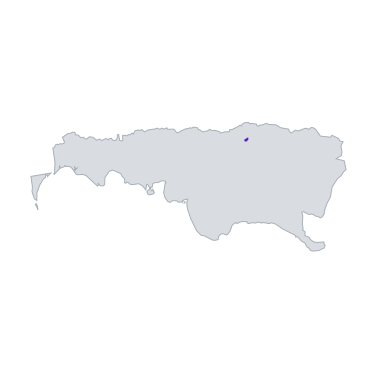 Rawson, San Juan, Argentina (highlighted), rotated 80°
{"feature_id": "61730980B18994779185278", "entity_name": "Rawson", "entity_type": "district", "adm_level": 2, "iso_a3": "ARG", "parent_name": "Argentina", "parent_adm1": "San Juan", "projection": "robinson", "projection_center": [-68.444, -31.689], "detail": "fine", "context": "in_parent", "style": "filled", "palette": "violet", "viewbox_px": 384, "rotation_deg": 80, "n_neighbors": 0, "source": "geoboundaries", "source_scale": "gbopen_adm2", "svg_char_len": 4249}
<svg xmlns="http://www.w3.org/2000/svg" viewBox="0 0 384 384"><g transform="rotate(80 192 192)"><path d="M238.3,115.0L236.1,118.9L236.5,121.4L234.3,127.5L234.8,128.7L233.1,131.7L233.6,134.8L232.7,137.8L232.9,141.6L232.3,142.7L230.8,143.0L229.7,148.3L230.8,153.4L229.7,154.4L231.5,158.1L237.3,161.4L240.2,164.6L240.2,166.0L238.6,168.1L238.3,169.8L239.1,172.1L240.5,173.6L243.4,174.5L243.6,177.8L243.0,179.9L237.4,187.4L236.1,190.7L231.0,194.1L217.9,197.9L207.8,199.4L202.0,199.1L198.2,197.5L198.4,201.8L200.3,203.0L199.3,203.1L200.1,203.9L199.6,207.4L198.3,208.0L197.4,210.9L197.4,213.4L198.4,215.4L197.2,217.5L192.8,219.6L187.6,220.0L178.1,216.7L178.5,216.2L178.0,216.0L176.4,216.7L175.7,219.5L176.7,223.9L176.4,227.7L176.9,229.0L180.3,230.4L180.1,232.0L181.2,232.1L183.7,231.8L184.0,230.5L182.7,230.1L186.1,229.1L187.3,230.7L187.4,234.6L186.8,235.6L184.1,236.4L183.4,236.2L181.9,233.4L180.7,232.9L176.9,234.3L176.5,235.2L181.9,237.2L177.9,239.3L174.6,242.9L174.4,249.6L173.7,251.5L171.5,253.3L171.1,254.5L171.8,255.3L171.5,256.6L167.3,256.1L164.3,258.2L161.6,258.9L156.6,266.3L157.3,270.0L162.7,275.3L169.6,276.7L170.5,278.4L170.1,280.5L169.3,281.8L166.8,283.0L168.9,283.0L169.8,284.0L157.4,293.5L155.8,296.3L155.1,302.0L154.1,303.2L151.6,304.3L149.9,303.1L148.5,301.0L148.6,302.7L146.2,303.3L149.1,303.4L150.4,304.8L146.6,306.8L145.5,308.7L145.0,311.3L143.5,312.8L144.7,312.4L145.7,317.5L142.8,317.9L146.4,318.7L150.6,324.5L150.2,325.0L150.1,324.3L139.2,321.8L124.6,321.4L124.7,320.6L121.4,317.5L122.1,315.2L121.5,313.4L122.2,311.7L121.7,309.6L120.4,308.9L115.7,310.1L113.0,304.5L113.1,301.4L112.3,299.4L113.1,296.9L115.5,296.8L116.2,294.1L119.3,292.0L119.2,289.4L121.1,288.0L121.5,286.7L119.8,283.4L121.0,279.8L124.3,277.1L123.9,273.6L125.7,272.0L124.3,267.4L126.1,265.4L125.2,264.3L125.2,261.9L127.0,261.3L128.1,258.6L126.2,256.3L122.8,255.6L122.6,254.3L128.8,254.2L129.5,252.3L129.1,251.2L124.4,250.6L124.5,248.0L125.4,246.3L124.5,244.6L124.9,243.1L123.6,240.8L124.8,239.8L121.7,237.4L121.7,233.5L122.4,232.5L121.9,230.4L124.6,228.5L123.3,224.7L123.5,217.5L123.0,215.6L124.7,212.6L123.8,210.7L125.1,209.2L124.5,205.5L126.0,205.2L127.0,198.8L130.5,197.0L131.2,195.7L128.7,187.6L128.9,184.6L128.4,183.2L129.0,181.4L128.4,178.8L129.5,175.8L131.9,174.5L132.1,173.5L134.6,171.3L134.5,166.2L133.3,163.5L134.6,162.6L135.4,158.6L137.3,154.5L138.9,153.7L138.5,149.0L139.1,144.7L137.0,143.9L137.5,140.9L136.7,140.1L136.3,136.9L134.8,134.1L134.7,132.8L135.6,132.0L134.0,130.9L132.9,128.2L133.1,125.8L133.4,124.2L135.1,123.0L134.7,121.8L136.2,116.9L137.9,116.6L138.8,114.9L137.9,113.9L138.1,111.0L137.3,106.7L138.9,104.6L140.3,97.9L144.2,93.3L146.9,85.9L149.0,85.7L151.2,84.1L149.0,79.3L150.4,76.3L148.9,69.8L149.4,67.5L150.7,66.1L149.2,63.6L149.7,61.6L151.8,59.3L159.2,55.9L162.1,46.0L160.5,44.3L164.6,38.5L167.4,37.5L168.7,34.5L172.4,37.3L178.8,37.4L182.0,38.6L184.3,44.3L187.7,36.7L196.7,36.4L198.4,39.2L201.8,42.3L204.2,46.5L211.5,53.2L220.9,56.5L226.6,61.0L233.4,64.8L236.7,65.7L239.2,68.3L239.8,70.3L238.2,71.9L237.0,74.8L235.2,76.5L234.4,78.4L234.4,80.8L230.8,85.6L230.9,87.4L234.5,87.0L243.1,88.9L247.2,88.9L248.6,89.7L250.9,87.5L254.5,88.4L257.0,84.5L259.4,83.7L262.1,81.0L263.4,77.7L264.1,70.7L265.5,71.2L267.9,70.2L270.1,71.6L271.7,77.5L271.1,83.3L270.0,85.5L267.4,86.8L265.9,88.4L261.8,89.7L259.4,92.7L254.2,95.9L254.5,97.6L252.8,97.5L244.0,109.3L238.3,115.0ZM148.7,347.9L148.8,327.7L151.7,331.6L150.3,331.4L149.9,333.3L152.2,333.7L153.3,336.0L158.4,340.5L165.9,344.9L173.4,346.3L171.3,348.4L163.9,349.5L159.5,348.3L148.7,347.9ZM176.3,347.6L178.6,346.8L183.0,346.7L177.2,348.3L176.3,347.6ZM201.5,200.8L201.4,201.6L200.0,200.3L201.5,200.8Z" fill="#d9dde1" stroke="#a8b0b8" stroke-width="1"/><path d="M150.1,130.6L150.4,130.8L150.5,130.8L150.5,130.7L150.7,130.4L150.6,130.2L150.6,129.9L150.5,129.7L150.5,129.8L150.4,129.8L150.4,129.7L150.4,129.4L150.5,129.4L150.4,129.3L150.4,129.2L150.5,129.2L150.4,129.2L150.3,128.9L150.3,128.7L150.2,128.5L150.2,128.4L150.0,128.2L149.9,128.1L149.7,128.1L149.4,128.1L149.2,128.1L148.9,128.0L148.9,128.3L149.0,128.3L149.3,128.4L149.5,128.5L149.5,128.8L149.7,129.0L149.6,129.3L149.6,129.6L149.7,130.0L149.8,130.3L149.9,130.5L150.0,130.5L150.1,130.6Z" fill="#8b5cf6" stroke="#5b21b6" stroke-width="1.5"/></g></svg>